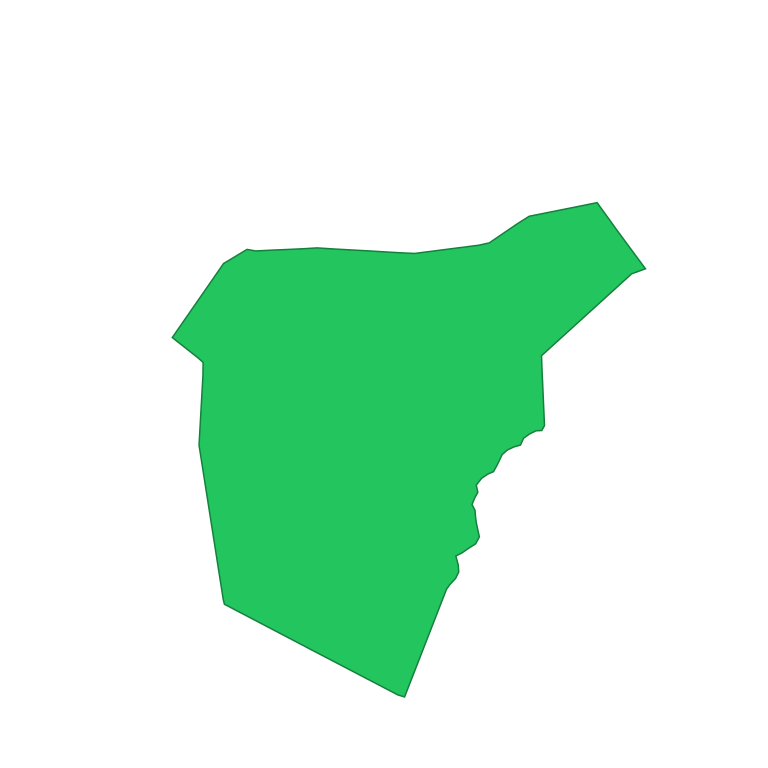 outline of Central, Bahia, Brazil, rotated 306°
{"feature_id": "56859067B75123668801869", "entity_name": "Central", "entity_type": "district", "adm_level": 2, "iso_a3": "BRA", "parent_name": "Brazil", "parent_adm1": "Bahia", "projection": "mercator", "projection_center": [-42.087, -11.142], "detail": "fine", "context": "isolated", "style": "filled", "palette": "green", "viewbox_px": 768, "rotation_deg": 306, "n_neighbors": 0, "source": "geoboundaries", "source_scale": "gbopen_adm2", "svg_char_len": 1011}
<svg xmlns="http://www.w3.org/2000/svg" viewBox="0 0 768 768"><g transform="rotate(306 384 384)"><path d="M412.4,194.1L387.3,183.4L297.1,185.4L295.8,218.5L295.1,225.0L284.2,232.7L225.8,270.3L119.3,376.5L115.1,380.7L112.0,384.4L126.2,481.0L140.6,578.0L142.9,584.6L254.8,555.2L260.7,555.2L268.9,556.2L275.8,555.0L281.2,550.5L287.1,543.2L293.5,546.5L300.5,548.9L308.6,552.1L316.4,551.0L322.0,544.7L326.4,539.8L330.4,536.1L335.3,531.9L338.2,526.1L345.1,524.4L351.5,523.6L356.4,518.1L365.1,518.4L372.0,520.9L377.4,524.1L384.2,523.3L391.6,522.0L396.3,521.1L403.2,522.6L409.6,526.2L414.8,530.3L422.2,528.8L429.1,531.1L435.5,534.5L439.1,539.0L444.7,538.3L487.9,503.9L491.8,500.8L499.5,494.8L618.7,519.6L625.7,524.3L630.9,527.8L646.3,479.1L648.8,471.7L651.1,464.6L656.0,449.8L605.1,402.9L592.1,397.7L560.0,386.2L552.0,379.1L507.6,332.0L502.0,323.5L495.0,312.7L482.0,292.3L464.3,264.9L454.8,249.9L446.0,239.2L433.2,223.2L426.8,215.1L416.3,202.1L412.4,194.1Z" fill="#22c55e" stroke="#15803d" stroke-width="1.5"/></g></svg>